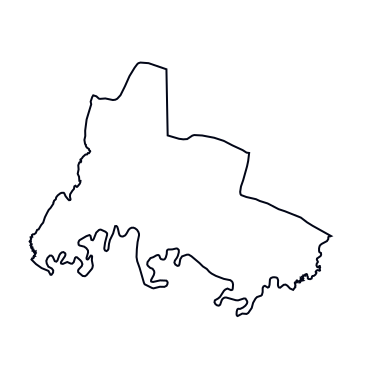 Changhan, Roi Et, Thailand (Equal Earth projection), rotated 194°
{"feature_id": "78962969B4502955936571", "entity_name": "Changhan", "entity_type": "district", "adm_level": 2, "iso_a3": "THA", "parent_name": "Thailand", "parent_adm1": "Roi Et", "projection": "equal_earth", "projection_center": [103.624, 16.158], "detail": "fine", "context": "isolated", "style": "outline", "palette": "ink", "viewbox_px": 384, "rotation_deg": 194, "n_neighbors": 0, "source": "geoboundaries", "source_scale": "gbopen_adm2", "svg_char_len": 5934}
<svg xmlns="http://www.w3.org/2000/svg" viewBox="0 0 384 384"><g transform="rotate(194 192 192)"><path d="M325.9,84.3L319.5,81.8L312.2,80.7L309.3,77.5L308.3,77.7L307.3,80.2L307.7,82.4L309.6,83.9L313.3,84.8L315.6,87.4L316.7,89.9L316.2,93.2L314.6,95.9L312.9,96.3L311.4,95.5L308.4,91.7L306.8,91.6L306.0,92.9L305.4,98.6L304.8,100.4L303.7,101.9L302.2,102.6L300.3,101.9L299.8,101.2L299.6,100.0L299.8,98.7L302.1,92.5L302.1,91.5L301.6,90.9L299.9,91.0L296.1,93.9L292.2,93.2L290.9,93.5L289.8,95.2L289.5,99.8L288.8,100.7L287.8,100.8L283.9,98.8L282.3,97.6L280.9,95.5L281.1,93.3L283.4,89.3L283.5,88.0L283.0,86.7L277.8,84.1L275.5,84.4L274.2,85.8L270.6,93.1L270.3,94.4L270.4,96.6L272.7,101.6L273.3,105.2L273.9,105.9L274.8,105.8L276.5,101.6L277.2,101.2L277.9,101.4L278.4,102.4L278.2,108.1L278.8,110.1L280.9,111.9L283.4,112.9L288.2,112.9L289.2,113.4L290.0,115.3L289.9,116.9L289.4,118.1L283.8,123.6L281.1,125.4L279.9,124.9L278.0,121.2L276.6,121.2L276.0,122.6L275.1,129.4L273.1,132.6L272.0,133.3L271.1,133.4L266.3,132.5L264.4,131.4L264.0,129.8L264.1,121.8L263.5,116.2L263.1,115.2L262.2,114.2L260.6,114.0L259.7,115.1L259.3,116.5L260.0,121.7L260.0,125.6L258.5,132.7L258.3,140.3L257.1,140.7L256.1,140.1L254.8,138.1L252.8,134.0L251.7,132.5L250.6,131.9L249.0,131.9L248.0,132.3L246.3,133.8L245.4,136.0L244.4,139.8L243.5,141.4L242.0,142.7L240.2,143.2L238.5,143.0L236.2,142.0L234.4,140.3L233.3,138.6L232.9,137.0L232.7,130.3L231.7,123.2L230.1,115.5L228.4,111.6L224.4,105.6L216.7,92.3L215.6,91.0L207.5,89.2L206.0,89.2L200.2,92.3L195.8,93.3L194.0,94.9L193.6,96.5L193.7,98.2L194.4,99.2L195.5,99.8L201.6,98.5L208.0,95.3L209.8,95.2L210.2,95.6L210.4,96.8L209.0,102.2L209.0,104.5L209.6,106.1L211.7,108.0L214.3,108.3L217.0,109.8L217.9,110.8L218.2,113.2L216.3,117.8L213.8,119.4L211.2,121.9L209.7,122.7L208.4,122.4L206.8,120.1L205.8,119.4L203.7,119.4L202.7,119.8L202.1,120.5L201.6,122.3L201.5,125.7L202.1,128.8L201.8,129.9L201.1,130.5L197.3,131.5L193.6,133.4L192.4,133.5L190.8,132.5L190.2,130.4L190.3,126.5L190.8,124.3L192.0,121.3L192.0,119.2L190.6,117.6L188.3,116.8L187.1,117.3L186.7,118.5L187.1,124.0L186.1,127.1L181.9,129.9L180.0,130.4L177.0,129.5L167.6,124.9L163.4,122.4L159.0,120.9L156.0,118.8L153.3,117.6L148.6,116.4L140.1,115.4L133.4,115.7L131.5,114.8L130.7,114.0L129.8,112.2L129.1,108.2L129.2,106.9L130.4,106.2L134.2,106.9L136.0,105.5L137.1,103.9L139.4,97.1L140.9,95.0L143.6,92.4L143.5,90.4L142.0,88.8L140.2,88.1L138.5,88.2L137.4,89.5L137.0,94.0L136.6,95.4L135.7,96.7L134.5,97.6L133.2,97.9L123.0,97.6L120.9,98.1L115.8,101.3L114.3,101.5L112.1,99.4L111.7,98.5L111.7,97.0L112.7,94.6L114.5,92.3L116.9,90.3L119.0,89.8L119.6,89.0L119.7,86.9L119.2,84.2L118.6,83.0L117.7,82.7L113.8,86.2L109.5,86.9L108.1,88.3L106.0,93.9L105.9,99.3L104.6,103.9L103.5,105.8L99.8,108.2L99.3,109.0L99.2,111.9L100.2,115.9L99.8,117.7L98.6,118.6L95.3,117.6L94.4,118.4L94.3,120.7L95.2,125.9L94.9,127.1L94.3,127.9L92.9,128.8L91.1,129.3L89.2,129.4L88.3,129.0L87.1,127.2L86.1,122.5L85.3,121.0L84.5,120.4L83.3,120.5L80.6,124.1L78.8,124.8L76.8,124.2L73.6,122.1L70.2,121.5L68.7,124.9L69.2,125.5L69.0,126.4L70.3,128.7L70.2,129.2L69.8,129.5L69.3,129.1L69.0,130.0L68.5,130.0L69.1,131.3L68.8,131.6L68.1,131.1L66.9,131.2L66.3,130.5L66.1,131.3L65.2,130.9L65.1,131.6L65.5,132.1L65.3,132.6L65.7,134.6L65.0,134.2L64.1,132.5L62.9,133.1L63.7,133.4L63.6,134.2L63.0,134.7L63.0,135.1L63.7,135.7L64.3,135.4L64.2,136.0L64.7,136.5L63.7,137.1L63.9,137.9L63.3,138.0L63.0,138.4L62.1,138.2L62.0,139.5L60.9,140.1L60.2,139.5L59.8,138.3L59.1,137.7L58.7,136.2L58.0,135.8L56.3,136.0L55.0,137.0L55.1,138.9L54.8,139.6L53.5,140.1L52.2,141.7L51.7,143.6L52.7,144.4L52.2,145.9L51.2,146.6L49.1,146.5L48.8,146.9L49.6,148.5L49.4,149.7L50.1,151.1L50.5,151.0L51.2,149.6L52.0,149.4L52.6,149.7L53.5,151.0L53.6,152.7L52.9,154.6L54.5,156.6L54.6,157.7L51.8,160.9L51.5,162.3L52.1,164.0L53.7,164.4L54.4,165.4L55.1,168.1L55.1,170.3L54.6,171.7L53.5,173.1L49.2,177.0L48.4,179.3L48.8,181.2L48.2,182.2L47.1,182.4L46.4,182.9L66.8,188.4L73.0,190.4L80.2,193.5L97.2,195.8L103.8,196.3L115.9,199.2L124.1,199.7L128.2,200.5L138.0,200.3L143.5,200.9L144.5,201.8L145.3,203.8L145.8,209.2L145.2,215.9L144.8,230.3L145.0,235.7L146.0,243.7L148.6,243.4L153.0,244.9L164.0,247.0L173.6,249.3L183.6,250.0L195.8,249.3L203.6,247.8L205.3,246.8L209.5,242.2L213.2,241.0L217.5,240.5L229.3,241.0L246.5,304.9L265.3,306.5L273.4,305.1L275.2,304.0L276.0,302.9L277.7,298.9L280.7,289.3L282.6,278.5L284.8,268.6L287.1,264.4L288.7,263.0L291.0,262.1L298.7,261.8L303.8,260.1L305.0,260.1L307.9,261.7L311.2,261.9L311.8,260.0L312.2,255.2L311.0,252.7L311.8,236.9L310.5,225.7L309.1,220.5L309.0,216.5L307.4,212.8L306.3,212.0L306.3,211.3L305.6,210.4L304.6,209.6L302.4,208.8L301.8,207.6L300.8,207.2L300.6,206.8L301.3,204.8L302.5,204.5L302.8,203.2L304.5,202.5L306.3,199.8L307.0,197.9L308.1,196.5L308.1,196.1L307.2,195.7L306.9,194.6L307.2,193.9L308.0,193.9L308.5,193.3L308.8,190.4L307.5,186.5L307.3,182.0L305.3,179.5L304.0,175.6L302.9,175.8L302.7,174.3L303.0,172.6L304.6,169.3L305.2,169.1L306.6,169.9L307.5,169.0L307.3,166.4L308.4,164.2L309.7,160.3L309.3,157.9L308.1,155.6L308.2,154.8L309.3,154.3L310.6,155.0L313.6,157.3L315.6,159.8L316.3,160.2L318.2,159.7L319.4,158.9L321.5,156.2L322.5,153.9L322.4,152.0L323.7,150.2L323.7,148.9L324.0,148.4L323.7,147.1L325.4,142.3L326.7,140.0L327.5,136.9L328.6,131.9L329.0,126.3L330.4,123.4L331.8,118.6L333.1,117.8L333.7,114.3L335.0,112.8L336.1,112.5L336.9,111.5L336.2,109.9L336.8,109.7L336.9,109.1L337.6,109.0L337.5,108.6L336.7,107.7L336.9,107.0L336.6,105.5L337.4,105.3L337.6,104.7L337.3,104.4L336.3,104.5L336.3,103.6L335.5,102.6L335.7,101.9L334.9,102.2L335.0,100.2L333.7,99.8L334.4,98.9L333.7,98.4L333.4,99.0L332.7,98.1L331.9,97.9L331.9,97.1L332.5,97.2L332.5,96.4L331.6,96.4L331.2,95.9L331.0,96.5L330.3,96.6L329.8,95.5L329.3,96.1L329.2,95.4L328.7,95.1L329.0,94.3L329.5,94.3L329.1,93.5L329.6,92.3L329.1,91.9L329.8,91.7L329.6,91.2L330.0,90.9L329.6,90.4L329.7,89.8L330.1,89.2L331.0,89.0L331.4,87.6L325.9,84.3Z" fill="none" stroke="#020617" stroke-width="2"/></g></svg>